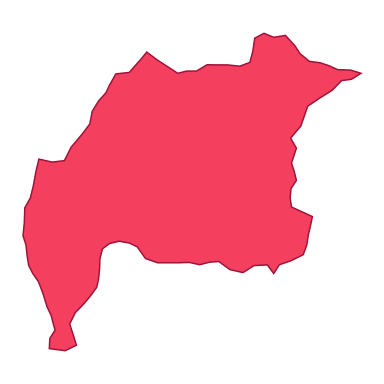 Queimados, Rio de Janeiro, Brazil
{"feature_id": "56859067B76635524318289", "entity_name": "Queimados", "entity_type": "district", "adm_level": 2, "iso_a3": "BRA", "parent_name": "Brazil", "parent_adm1": "Rio de Janeiro", "projection": "natural_earth1", "projection_center": [-43.584, -22.731], "detail": "fine", "context": "isolated", "style": "filled", "palette": "rose", "viewbox_px": 384, "rotation_deg": 0, "n_neighbors": 0, "source": "geoboundaries", "source_scale": "gbopen_adm2", "svg_char_len": 1323}
<svg xmlns="http://www.w3.org/2000/svg" viewBox="0 0 384 384"><path d="M38.9,159.1L36.1,170.8L33.3,185.8L30.4,197.8L24.8,207.8L24.3,222.8L23.0,235.8L26.0,245.0L27.1,255.7L28.7,265.6L32.8,273.5L38.5,281.8L43.0,293.6L47.0,306.7L51.1,315.4L55.0,330.2L49.8,338.5L49.3,348.6L65.2,350.7L76.4,345.2L73.6,336.0L69.7,324.0L75.3,312.6L82.6,305.2L89.5,297.2L96.7,287.4L98.6,278.8L99.6,268.6L99.9,259.0L102.4,248.9L109.6,243.5L119.2,241.2L129.5,243.1L137.2,246.8L145.5,258.5L157.7,262.8L168.7,262.8L178.0,262.8L189.2,262.4L199.7,264.7L209.5,262.2L218.8,261.5L229.9,269.6L243.0,272.6L253.9,265.6L267.3,264.9L273.7,273.5L279.4,264.7L290.6,260.9L303.2,254.7L306.8,245.0L308.3,235.0L310.6,225.2L312.4,216.6L291.5,207.0L290.2,198.2L291.0,188.6L296.4,180.4L294.3,171.7L291.5,163.1L296.4,148.2L290.6,138.1L300.8,126.1L304.9,114.4L307.7,106.2L319.7,98.1L332.3,90.2L341.6,80.6L351.4,79.3L361.0,73.3L350.6,70.1L337.5,69.6L328.7,65.6L320.2,62.8L309.3,61.3L300.0,53.6L294.7,45.5L285.4,35.4L273.7,37.3L264.0,33.3L254.7,38.2L252.8,51.3L249.9,62.4L239.7,66.2L227.7,64.9L215.1,64.9L207.1,64.7L196.4,71.1L186.5,71.1L177.8,73.3L157.3,60.0L146.8,52.1L140.7,59.4L129.3,72.4L115.8,73.9L109.6,85.0L106.0,92.7L98.6,100.9L92.2,111.4L89.8,124.0L81.8,134.5L71.2,147.1L64.4,160.6L52.2,162.1L38.9,159.1Z" fill="#f43f5e" stroke="#9f1239" stroke-width="1.5"/></svg>